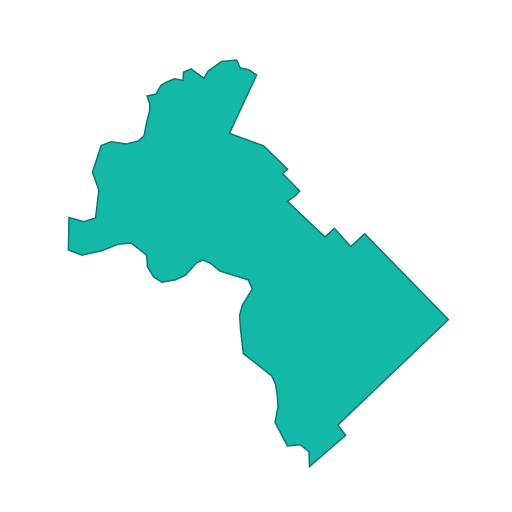 Dona Francisca, Rio Grande do Sul, Brazil (orthographic projection), rotated 135°
{"feature_id": "56859067B48007272498285", "entity_name": "Dona Francisca", "entity_type": "district", "adm_level": 2, "iso_a3": "BRA", "parent_name": "Brazil", "parent_adm1": "Rio Grande do Sul", "projection": "orthographic", "projection_center": [-53.341, -29.561], "detail": "fine", "context": "isolated", "style": "filled", "palette": "teal", "viewbox_px": 512, "rotation_deg": 135, "n_neighbors": 0, "source": "geoboundaries", "source_scale": "gbopen_adm2", "svg_char_len": 1062}
<svg xmlns="http://www.w3.org/2000/svg" viewBox="0 0 512 512"><g transform="rotate(135 256 256)"><path d="M367.1,69.3L319.4,65.8L317.6,78.6L233.3,76.6L164.9,75.0L163.4,194.9L182.3,195.7L181.0,220.2L193.7,220.7L194.4,242.0L195.1,272.5L186.1,270.8L179.2,271.0L179.0,295.5L172.3,295.0L172.7,328.4L188.1,361.5L127.6,383.5L129.4,392.9L134.2,400.1L131.1,408.3L142.8,417.9L158.9,420.6L167.2,418.6L169.6,434.1L177.3,437.3L183.5,431.7L188.1,438.8L196.5,442.4L202.6,443.9L212.0,441.1L219.9,446.2L223.4,438.8L228.8,433.7L237.8,428.5L250.2,420.2L258.1,420.6L268.5,426.9L277.5,439.1L287.4,443.6L312.5,430.8L320.4,413.8L342.5,396.4L353.5,402.0L361.0,415.5L384.4,392.9L378.6,379.8L361.4,368.8L344.9,361.7L335.1,353.4L332.7,333.9L340.4,325.1L343.2,313.7L341.1,304.1L329.7,296.0L319.1,292.3L303.2,293.2L296.3,290.7L293.3,282.8L292.2,270.8L278.4,244.7L281.9,235.3L300.2,231.0L309.4,225.8L318.4,215.6L333.9,196.0L329.7,160.0L332.8,151.7L338.7,143.4L347.0,133.8L360.2,124.9L368.1,99.4L358.1,91.2L357.0,80.0L367.1,69.3Z" fill="#14b8a6" stroke="#0f766e" stroke-width="1.5"/></g></svg>